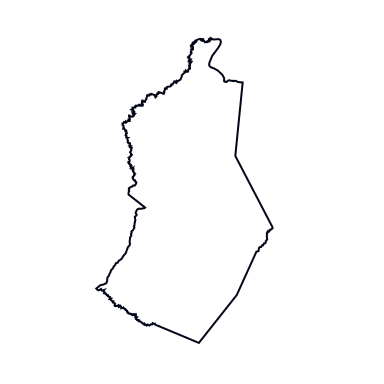 Milán, Caquetá, Colombia, rotated 218°
{"feature_id": "7082276B138661064638", "entity_name": "Milán", "entity_type": "district", "adm_level": 2, "iso_a3": "COL", "parent_name": "Colombia", "parent_adm1": "Caquetá", "projection": "robinson", "projection_center": [-75.283, 1.126], "detail": "fine", "context": "isolated", "style": "outline", "palette": "ink", "viewbox_px": 384, "rotation_deg": 218, "n_neighbors": 0, "source": "geoboundaries", "source_scale": "gbopen_adm2", "svg_char_len": 6042}
<svg xmlns="http://www.w3.org/2000/svg" viewBox="0 0 384 384"><g transform="rotate(218 192 192)"><path d="M93.7,77.3L93.3,138.4L104.5,184.6L103.2,186.4L104.7,189.0L104.5,190.6L103.7,191.3L103.9,193.4L103.2,193.7L103.6,195.7L103.1,196.1L102.7,197.3L103.6,198.6L103.6,201.0L105.8,203.1L106.4,204.3L107.6,205.5L107.4,206.1L108.0,206.8L108.0,207.4L107.7,207.1L107.6,207.5L107.4,207.4L106.8,208.5L107.3,210.4L106.5,211.1L106.2,213.1L107.3,214.0L180.1,247.1L219.5,309.5L223.4,307.0L226.1,306.5L227.6,304.9L228.1,305.0L228.5,304.3L231.2,303.1L232.1,302.2L232.5,300.0L233.6,299.2L234.2,299.5L234.9,299.1L236.8,301.5L240.1,303.0L246.1,303.6L250.6,303.0L253.9,301.9L255.9,302.1L257.0,303.0L257.9,304.6L259.9,311.8L260.1,321.7L260.7,326.0L261.7,328.1L263.4,329.3L265.2,328.8L269.2,325.2L270.7,325.0L270.9,323.8L272.2,324.7L272.8,322.9L271.5,322.4L271.2,321.8L272.2,321.9L271.9,319.7L272.5,319.3L272.6,320.0L272.9,320.0L274.0,317.9L275.8,318.6L276.4,317.7L277.9,317.2L277.9,317.7L276.9,318.8L277.3,319.3L279.3,318.1L280.9,316.4L282.3,313.7L282.2,313.4L281.3,313.4L281.2,312.9L281.6,311.2L282.6,312.0L282.6,311.0L283.4,310.2L283.1,309.4L282.3,309.2L282.8,308.7L283.0,306.6L282.5,306.3L282.5,307.5L282.0,307.8L281.6,306.2L280.6,306.9L279.0,305.0L279.1,304.5L280.2,304.4L280.5,303.9L279.5,303.3L279.1,301.4L277.9,301.3L277.8,297.9L278.2,295.7L277.5,295.5L277.2,296.7L275.7,295.1L274.5,295.7L274.5,294.2L275.4,293.4L274.8,292.7L272.6,294.3L272.5,293.1L272.9,291.4L272.7,291.2L272.3,291.7L271.6,290.8L271.5,290.4L272.0,289.9L272.0,289.5L270.7,289.2L270.5,288.6L270.1,288.8L269.8,288.5L269.6,287.7L270.4,287.4L270.2,286.0L269.2,284.5L269.4,284.2L270.1,284.3L270.5,283.2L271.2,283.9L271.7,283.9L271.2,283.0L272.1,282.2L271.4,281.6L271.9,277.8L271.2,276.7L270.3,273.5L271.4,270.7L271.5,268.2L271.8,268.2L272.1,269.4L272.6,269.8L272.7,269.0L273.3,268.9L274.1,268.1L273.6,267.0L273.9,265.4L273.5,264.7L274.5,264.2L274.5,263.5L273.9,262.7L274.1,261.9L276.4,259.4L276.4,258.5L275.6,258.0L277.1,256.9L276.9,256.5L276.1,256.4L276.0,254.2L275.8,253.6L275.1,253.4L274.7,252.0L279.4,250.4L278.9,249.8L279.6,248.9L279.1,248.2L279.3,247.8L279.9,248.1L279.7,247.2L279.9,246.4L278.9,245.5L279.1,244.1L281.3,245.3L284.6,244.2L284.4,243.4L285.3,243.0L285.0,242.0L286.3,241.7L286.4,241.4L285.8,241.1L286.8,240.3L286.1,239.6L285.8,237.9L285.1,237.1L285.2,235.1L284.5,234.2L286.5,232.9L287.0,233.7L287.5,233.6L287.3,232.6L285.7,231.5L285.7,231.2L286.2,230.9L285.7,229.5L285.1,229.4L284.3,230.2L284.0,229.7L285.1,228.6L287.2,228.2L287.1,227.6L287.6,227.7L287.8,226.7L289.6,225.3L289.6,225.0L288.7,225.1L288.7,223.7L289.5,223.5L289.7,222.6L290.7,221.9L289.4,220.9L290.1,220.5L290.5,219.6L288.2,220.1L286.7,219.6L287.0,218.7L288.0,218.1L286.7,217.3L286.5,217.5L286.9,218.1L286.3,218.4L286.0,218.3L286.0,217.4L285.1,218.1L285.2,217.3L284.7,215.9L285.1,215.6L285.3,214.7L285.8,214.2L286.6,214.0L287.1,213.3L288.4,213.8L288.7,213.5L288.1,212.7L287.1,212.3L285.7,211.0L285.8,210.6L286.4,211.0L286.8,210.1L286.5,209.7L285.8,209.3L285.6,210.2L284.8,209.7L285.5,208.9L286.3,208.7L286.7,206.1L287.8,206.7L287.8,205.8L288.6,205.4L288.3,204.6L288.9,203.5L288.3,203.4L288.3,202.4L288.0,202.0L286.7,202.1L285.2,199.6L284.6,200.4L282.2,199.1L282.0,199.9L281.3,199.7L280.9,199.1L279.6,198.3L279.5,197.9L280.0,197.4L279.7,197.1L279.3,195.9L278.5,196.1L277.7,194.8L277.4,195.2L276.3,194.7L275.9,195.0L276.0,194.5L275.2,193.5L273.7,192.8L273.5,191.7L271.9,191.3L271.5,192.0L270.8,192.2L269.6,190.9L269.4,190.3L269.6,189.9L269.1,190.0L269.3,189.6L268.5,190.2L268.6,189.1L268.1,189.0L266.8,189.8L266.3,189.0L266.0,187.6L265.4,187.3L265.3,185.2L263.6,184.7L263.2,184.0L262.4,184.3L262.1,183.2L262.7,182.8L262.5,181.0L262.7,181.3L262.9,180.5L262.5,180.7L261.8,179.0L261.1,179.0L260.1,177.9L260.1,176.8L260.6,176.5L260.4,176.1L259.6,175.6L259.0,176.0L258.7,175.5L258.1,175.4L257.3,175.7L257.3,175.4L256.8,175.4L256.7,174.5L256.0,174.4L255.6,174.8L255.3,173.8L255.1,174.1L254.4,174.2L254.3,173.8L254.1,174.1L253.3,174.0L253.2,174.5L253.0,174.0L252.9,174.3L252.1,174.0L251.6,173.3L251.6,172.4L251.0,171.8L249.8,171.8L249.1,171.1L248.7,171.3L248.4,170.7L248.1,170.8L248.2,170.3L247.8,169.9L248.1,169.4L247.7,168.6L248.0,167.3L247.6,166.6L246.9,166.6L246.6,166.1L245.5,165.6L244.1,166.1L243.4,165.3L242.7,165.6L241.7,165.3L241.2,164.0L241.1,161.8L242.4,160.9L242.4,159.6L243.0,158.9L244.0,156.5L243.9,155.9L243.3,155.8L243.0,154.5L242.0,154.0L241.9,152.9L240.7,151.2L240.2,150.9L219.4,150.9L219.5,150.1L221.9,147.3L223.6,146.2L224.0,145.5L224.4,144.3L223.8,141.3L223.5,140.8L221.5,140.0L221.4,139.1L221.8,137.3L219.1,134.7L219.0,133.8L218.3,133.1L217.9,131.7L216.9,130.6L216.6,129.1L215.4,128.5L215.0,125.2L215.4,124.2L215.3,123.3L214.4,122.7L214.2,121.2L213.0,120.4L212.8,118.1L210.4,114.2L208.8,112.9L208.3,110.9L208.6,109.7L208.4,108.6L206.5,102.9L206.8,100.0L206.3,96.2L207.4,92.2L207.0,90.5L208.2,89.0L207.6,87.3L207.8,84.8L207.3,83.6L207.6,80.2L206.9,78.8L206.6,76.6L206.0,75.2L205.9,72.2L204.1,69.7L203.4,67.4L205.0,64.3L206.8,62.3L208.0,57.0L205.8,56.7L204.6,57.5L204.0,59.6L202.0,58.9L201.0,60.5L201.0,60.1L199.7,58.9L199.0,59.2L198.4,58.8L198.5,58.2L197.0,58.9L195.6,58.2L194.8,59.0L194.1,58.7L194.4,58.3L193.8,58.1L192.1,58.7L192.0,58.3L191.4,58.3L191.1,56.9L190.1,57.9L190.1,57.2L189.1,56.8L188.2,57.1L187.0,56.5L186.6,57.2L186.1,56.3L184.7,56.8L183.6,56.5L183.4,55.2L182.8,54.7L182.0,55.0L180.7,56.3L180.3,57.4L179.2,56.6L179.0,57.5L178.6,57.1L178.2,58.2L177.0,57.9L176.2,56.9L175.9,57.5L175.0,58.0L174.9,58.7L173.5,58.3L172.6,58.8L172.0,58.2L170.2,58.5L169.7,57.6L168.4,57.2L168.3,57.8L166.6,57.4L165.8,58.1L165.2,57.9L164.8,58.5L163.1,58.2L162.8,58.6L163.4,58.8L163.3,59.4L162.8,60.0L161.6,59.7L161.1,61.1L160.5,60.7L160.9,60.2L160.9,59.6L160.1,58.9L158.6,59.4L159.2,58.2L158.3,57.5L157.8,58.1L156.6,57.3L155.4,58.2L154.9,57.6L154.4,58.1L154.1,57.5L152.2,58.3L149.5,58.0L148.7,59.1L148.2,58.9L148.2,58.2L147.6,58.0L146.5,59.1L145.5,58.9L145.4,60.2L143.4,60.5L142.9,62.3L142.0,62.9L142.3,64.4L141.0,64.5L140.2,65.4L139.4,64.8L93.7,77.3Z" fill="none" stroke="#020617" stroke-width="2"/></g></svg>